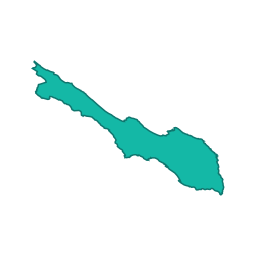 Snæfellsbær, Vesturland, Iceland (Robinson projection), rotated 210°
{"feature_id": "244011B30460955116065", "entity_name": "Snæfellsbær", "entity_type": "district", "adm_level": 2, "iso_a3": "ISL", "parent_name": "Iceland", "parent_adm1": "Vesturland", "projection": "robinson", "projection_center": [-23.52, 64.838], "detail": "fine", "context": "isolated", "style": "filled", "palette": "teal", "viewbox_px": 256, "rotation_deg": 210, "n_neighbors": 0, "source": "geoboundaries", "source_scale": "gbopen_adm2", "svg_char_len": 5802}
<svg xmlns="http://www.w3.org/2000/svg" viewBox="0 0 256 256"><g transform="rotate(210 128 128)"><path d="M115.9,100.9L115.8,101.1L114.7,101.4L112.7,103.0L112.1,103.2L111.8,103.9L111.8,104.3L111.5,104.8L111.8,105.1L111.3,105.8L109.7,107.6L108.2,108.6L107.1,109.0L106.3,108.7L105.5,108.8L106.0,109.0L105.6,109.2L105.6,109.4L105.3,109.4L105.4,109.7L105.2,109.9L104.6,110.1L103.2,109.9L100.7,110.2L99.8,110.0L99.2,109.5L95.8,109.5L95.4,109.7L95.7,109.9L95.6,110.1L95.2,110.1L95.1,110.3L94.8,110.1L94.5,110.4L94.6,110.6L94.3,110.6L94.5,110.8L94.3,111.0L94.8,111.3L94.7,111.9L93.0,113.2L93.3,113.6L92.9,113.6L91.7,114.5L89.9,115.5L88.8,115.7L86.5,115.8L84.3,115.0L78.4,115.3L78.1,115.1L78.2,114.9L77.3,115.1L76.4,114.9L76.5,114.8L76.2,114.6L76.7,114.2L76.5,113.9L76.6,114.2L76.3,114.4L76.0,114.3L76.2,114.1L76.0,114.3L75.4,114.3L76.0,113.9L75.9,113.8L77.1,113.7L75.0,113.5L73.6,113.7L71.8,113.0L65.1,112.5L61.7,111.4L58.3,109.7L57.2,109.0L57.9,108.2L58.2,108.3L57.9,108.1L58.0,108.0L57.2,108.8L56.5,108.4L56.9,107.9L56.0,107.6L56.3,107.5L56.1,107.4L56.5,107.4L56.4,107.6L56.7,107.5L58.0,107.8L58.5,107.8L55.3,107.0L51.1,106.8L49.0,107.2L46.8,107.9L46.0,108.0L45.6,107.8L45.5,108.2L44.7,108.5L44.1,108.4L43.3,108.5L41.5,109.8L40.4,109.9L39.2,109.5L38.5,108.9L38.0,108.7L37.4,108.8L36.0,109.9L35.9,110.3L33.8,111.4L33.6,112.4L33.5,112.5L32.2,113.0L31.0,113.0L30.3,113.3L29.0,114.7L26.6,115.6L26.2,115.9L25.9,116.3L25.6,117.3L24.9,117.7L23.9,117.8L21.6,117.3L20.3,117.5L18.9,118.0L17.3,118.0L15.8,117.3L15.2,116.6L14.4,116.5L14.0,116.8L14.0,117.4L13.7,117.8L13.6,118.4L13.7,118.5L13.7,118.8L14.1,118.9L14.0,119.1L14.2,119.3L14.4,120.5L14.9,121.1L15.1,121.6L15.0,122.2L14.9,122.3L15.1,122.8L15.4,124.3L16.1,125.2L17.0,125.9L17.9,127.3L19.4,128.7L20.0,129.8L20.0,130.6L20.7,131.0L20.9,131.3L22.7,131.6L22.9,132.0L24.3,133.2L25.5,133.1L25.8,133.2L25.8,133.6L27.2,134.0L27.4,135.1L28.3,136.8L28.8,137.2L29.5,137.4L30.0,138.6L29.8,138.9L30.0,139.0L30.3,140.1L30.7,140.5L31.3,140.8L31.7,141.5L32.7,141.8L33.2,142.4L34.0,142.9L34.0,143.2L34.4,143.5L33.9,144.5L34.1,144.6L34.0,145.1L34.8,145.3L34.8,145.6L35.8,146.0L36.8,146.6L36.6,147.0L37.1,147.4L36.7,147.6L36.9,147.7L36.7,147.8L37.0,147.8L36.9,148.1L37.3,147.9L36.9,148.3L37.2,148.3L37.1,148.6L37.7,148.7L37.5,149.2L37.6,149.4L40.0,149.2L40.4,149.3L40.5,149.7L40.7,149.8L42.3,149.8L42.7,150.0L44.1,150.1L44.5,150.3L45.5,150.4L45.3,150.9L45.4,151.1L46.0,151.2L47.1,151.0L48.8,151.9L51.1,152.3L53.5,152.9L53.5,153.1L54.9,153.1L55.6,153.9L56.1,154.3L55.8,154.6L56.9,154.6L58.1,155.1L59.5,154.9L60.1,154.3L61.6,154.0L61.5,153.8L62.0,153.6L63.7,153.1L67.0,152.7L68.9,152.9L69.6,152.7L70.2,152.7L70.3,152.5L72.1,152.0L72.9,152.0L73.3,152.2L73.7,151.9L76.4,151.4L77.1,151.5L78.3,151.2L79.6,151.6L80.7,151.7L81.7,152.0L84.2,152.4L86.1,152.4L87.1,152.1L87.9,151.4L87.7,151.3L87.9,150.8L87.6,150.2L86.7,149.6L86.8,149.1L87.4,148.9L87.5,148.7L88.0,148.5L88.3,148.6L88.1,148.2L88.6,148.3L88.7,147.8L89.2,147.8L89.1,147.2L89.5,146.6L90.0,146.8L90.1,146.7L90.0,146.4L90.9,146.0L91.0,145.8L90.9,145.7L91.9,145.4L92.0,145.1L91.8,145.0L92.0,144.9L91.8,144.9L91.9,144.7L91.6,144.7L91.2,144.4L91.5,144.5L91.3,144.7L90.8,144.5L89.7,143.2L91.2,141.0L91.1,140.3L93.4,139.4L94.1,139.4L94.0,139.0L94.4,138.6L94.5,138.3L94.9,138.1L95.9,137.3L98.7,136.7L103.4,136.2L107.8,136.1L112.4,136.5L114.4,136.5L115.0,136.6L116.4,137.4L120.1,138.3L121.5,139.0L123.2,139.1L124.0,139.7L124.8,139.7L126.2,139.3L127.8,139.1L129.8,138.3L131.4,138.2L132.5,137.9L132.9,137.5L133.0,137.1L133.4,136.3L134.1,135.7L133.9,134.8L133.4,134.2L134.2,133.4L135.0,132.9L134.9,132.5L135.1,132.1L134.5,131.8L135.6,131.2L137.6,130.9L142.4,130.8L143.8,130.5L145.4,130.8L146.0,130.7L149.0,131.1L152.0,130.9L156.0,131.1L166.0,132.9L172.8,134.4L174.5,134.5L177.8,135.1L180.8,135.9L181.7,136.4L183.4,136.4L184.0,136.8L184.8,136.8L185.9,136.6L186.6,136.7L187.2,136.5L187.5,136.6L187.7,136.9L188.5,136.7L190.3,136.8L191.5,136.6L194.4,136.7L197.4,137.5L199.0,138.6L200.1,137.8L202.0,137.5L203.3,137.0L203.7,136.5L205.2,135.8L209.4,136.0L211.0,136.4L214.1,137.9L215.3,138.2L217.3,138.0L218.6,137.4L219.2,137.5L219.5,137.9L219.7,138.8L220.5,138.9L223.5,138.1L226.7,137.9L226.9,137.4L230.5,137.2L234.1,137.5L235.5,138.1L236.0,138.0L242.4,138.9L242.4,138.4L242.2,138.1L241.1,138.3L241.0,138.1L240.9,137.7L238.5,136.9L238.4,134.2L240.3,132.5L240.1,132.2L240.4,131.8L234.8,131.6L234.3,129.0L231.7,128.5L229.5,129.3L224.3,128.6L223.0,128.0L221.8,126.7L226.2,121.8L227.2,120.9L227.1,120.2L226.5,119.0L226.7,117.2L226.1,116.6L226.3,116.4L226.2,116.2L226.3,115.8L226.1,115.3L225.8,115.0L226.0,114.8L226.0,114.4L225.5,113.9L225.7,113.7L225.9,113.6L226.1,113.3L225.5,112.8L225.6,112.7L225.5,112.4L225.4,112.2L221.9,111.3L219.9,111.4L219.6,111.2L219.3,111.3L218.2,110.8L217.3,110.8L217.2,111.2L211.7,112.7L211.1,113.2L210.6,113.9L210.6,114.6L211.3,115.2L211.5,116.2L209.5,117.1L207.7,117.1L206.3,117.5L201.7,117.7L201.3,118.5L199.6,118.4L198.4,118.7L197.1,118.0L195.3,117.4L193.8,118.1L192.6,117.9L191.2,118.5L190.3,118.4L188.6,118.0L187.2,117.2L185.7,116.0L183.3,116.0L179.2,118.7L177.5,118.8L176.3,118.2L174.8,115.9L174.2,115.8L173.4,116.1L172.8,115.8L172.5,116.8L171.7,117.2L170.0,117.5L166.2,119.1L164.3,119.5L163.2,119.1L161.5,118.8L160.7,118.4L159.4,118.8L157.9,118.7L155.8,117.8L154.6,117.8L153.8,117.2L153.1,116.9L149.2,116.6L148.6,116.0L146.8,116.5L146.5,116.8L145.8,117.0L145.0,117.1L143.0,116.9L143.0,116.6L143.3,116.2L143.0,116.0L141.9,115.9L141.0,115.4L140.2,115.4L139.6,115.0L138.3,114.9L136.3,113.9L136.1,113.3L135.9,113.2L134.7,112.9L132.7,111.9L132.2,111.3L132.3,110.1L131.7,108.7L129.6,108.6L128.7,108.1L128.0,107.1L128.0,106.8L127.5,106.6L124.3,106.1L122.5,106.2L121.5,105.9L121.1,105.0L117.6,103.6L116.8,103.0L117.1,102.7L117.3,102.0L116.5,101.6L115.9,100.9Z" fill="#14b8a6" stroke="#0f766e" stroke-width="1.5"/></g></svg>